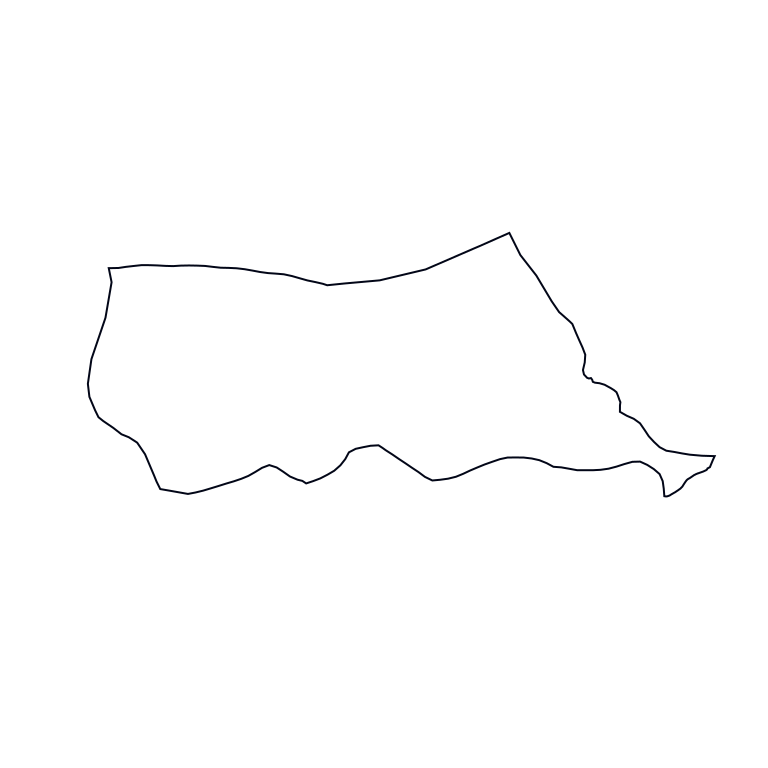 Al Malah, Lahij, Yemen, rotated 157°
{"feature_id": "15242507B86745983179930", "entity_name": "Al Malah", "entity_type": "district", "adm_level": 2, "iso_a3": "YEM", "parent_name": "Yemen", "parent_adm1": "Lahij", "projection": "mercator", "projection_center": [44.861, 13.381], "detail": "fine", "context": "isolated", "style": "outline", "palette": "ink", "viewbox_px": 768, "rotation_deg": 157, "n_neighbors": 0, "source": "geoboundaries", "source_scale": "gbopen_adm2", "svg_char_len": 2782}
<svg xmlns="http://www.w3.org/2000/svg" viewBox="0 0 768 768"><g transform="rotate(157 384 384)"><path d="M631.0,374.7L622.6,369.3L607.4,359.4L600.0,357.8L592.1,356.5L584.0,355.6L576.4,354.8L568.1,354.0L560.3,353.1L552.5,352.5L544.8,352.4L537.0,353.3L529.0,354.5L521.3,354.2L515.4,349.1L511.1,342.7L506.7,335.6L501.0,329.7L497.0,326.7L494.5,322.9L487.3,322.3L479.5,322.0L471.4,322.6L463.7,323.6L455.9,326.2L449.0,330.0L443.0,334.8L435.4,335.4L428.0,334.0L420.5,332.4L413.0,329.7L410.3,325.7L408.3,322.4L403.8,315.8L399.4,308.9L395.1,302.4L391.0,296.0L386.7,289.5L382.6,282.5L377.2,276.3L369.7,273.9L362.0,271.8L354.0,270.5L346.1,270.4L338.5,270.7L330.6,270.7L322.9,270.6L314.6,270.1L306.5,269.5L298.9,268.0L291.7,265.0L284.3,261.8L277.1,257.7L270.8,253.2L265.2,247.6L260.4,241.6L253.4,238.0L246.6,233.6L239.9,229.2L232.7,226.1L225.6,223.1L218.2,220.4L210.4,218.3L202.2,217.1L194.2,216.4L185.7,215.3L178.6,212.5L173.3,206.7L168.9,200.3L165.5,193.4L165.4,185.7L167.4,178.3L169.8,171.2L168.7,170.5L167.5,170.0L166.7,169.9L165.5,169.8L164.3,169.8L162.3,170.2L161.8,170.2L160.4,170.4L159.6,170.5L158.4,170.6L157.4,170.8L155.9,171.1L154.7,171.3L153.1,171.7L152.0,171.9L150.7,172.5L149.6,172.9L148.7,173.5L147.6,174.3L146.4,175.1L145.2,175.9L144.2,176.5L143.2,177.1L141.9,177.6L140.7,177.8L139.5,177.9L137.9,178.2L134.0,179.0L133.0,179.0L132.5,179.1L131.2,179.1L129.9,179.1L129.7,179.0L129.2,179.0L126.0,178.8L124.5,178.7L121.3,178.8L120.1,179.1L119.6,179.5L119.2,179.9L117.5,180.0L116.5,180.1L110.9,185.6L107.8,188.4L119.3,193.7L130.2,199.5L136.7,203.6L143.3,208.0L150.2,212.3L155.0,218.2L158.1,225.2L160.7,232.4L162.1,240.0L163.7,247.8L167.7,254.4L172.9,259.9L177.7,266.2L175.1,272.2L173.5,274.9L173.5,277.6L173.2,281.9L173.2,285.6L174.7,288.5L177.0,291.8L177.9,292.9L181.2,297.1L185.3,300.5L189.3,302.8L190.9,304.4L190.7,306.6L191.2,308.6L193.2,309.0L194.6,310.3L196.2,314.6L195.4,319.1L190.8,325.4L187.3,332.3L187.0,339.9L187.2,348.0L187.3,355.9L187.2,364.1L187.2,365.7L188.8,369.4L193.8,379.9L194.7,381.7L197.3,394.5L201.4,424.3L208.1,449.4L209.6,474.1L224.1,473.9L242.3,473.6L248.6,473.6L300.9,473.2L347.5,481.1L381.2,492.0L397.7,497.1L401.1,500.1L407.3,504.6L414.1,509.3L420.2,514.2L426.5,519.3L433.3,524.1L440.5,527.9L447.4,531.4L454.3,535.5L460.6,539.7L467.4,544.1L474.4,548.1L481.9,551.7L488.8,554.8L495.8,558.7L502.6,562.6L509.8,566.0L517.2,569.3L524.9,572.4L532.0,574.9L539.0,578.1L546.5,581.8L553.4,585.0L560.9,588.2L568.5,590.5L575.9,592.7L583.3,594.6L583.7,594.8L590.7,597.6L592.1,598.2L595.0,584.1L614.5,553.8L643.6,521.2L656.5,499.9L660.2,487.3L660.2,479.3L660.2,472.6L659.8,465.0L656.9,459.6L650.3,449.3L645.3,440.3L639.7,434.7L634.8,427.5L634.1,426.4L631.4,412.7L631.4,402.7L631.4,389.4L631.5,383.1L631.0,374.7Z" fill="none" stroke="#020617" stroke-width="2"/></g></svg>